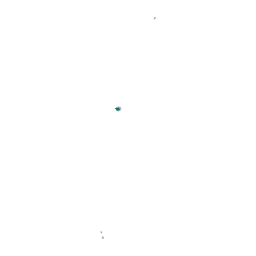 Nett, Pohnpei, Federated States of Micronesia shown in context, rotated 273°
{"feature_id": "79324940B16225653054825", "entity_name": "Nett", "entity_type": "district", "adm_level": 2, "iso_a3": "FSM", "parent_name": "Federated States of Micronesia", "parent_adm1": "Pohnpei", "projection": "mercator", "projection_center": [158.226, 6.943], "detail": "fine", "context": "in_parent", "style": "filled", "palette": "teal", "viewbox_px": 256, "rotation_deg": 273, "n_neighbors": 0, "source": "geoboundaries", "source_scale": "gbopen_adm2", "svg_char_len": 1504}
<svg xmlns="http://www.w3.org/2000/svg" viewBox="0 0 256 256"><g transform="rotate(273 128 128)"><path d="M148.2,119.3L147.1,119.8L145.6,119.6L145.2,118.0L144.5,117.5L144.7,116.8L145.7,116.1L147.8,116.6L148.6,117.8L148.1,118.5L148.2,119.3ZM17.9,108.8L17.7,109.1L16.5,109.0L16.3,108.9L16.4,108.7L17.0,108.6L17.1,108.3L16.8,108.2L17.0,108.0L17.5,108.0L17.8,108.2L17.9,108.5L17.9,108.8ZM239.5,148.6L239.7,149.5L238.4,149.1L238.3,148.7L239.0,148.4L239.5,148.6ZM22.4,107.2L22.1,107.3L21.9,107.2L22.0,106.7L22.4,106.5L23.0,106.6L22.4,107.2Z" fill="#d9dde1" stroke="#a8b0b8" stroke-width="1"/><path d="M145.9,117.9L146.0,117.9L146.1,118.0L146.4,118.1L146.5,118.1L146.7,117.9L146.8,117.8L146.8,117.7L147.0,117.5L147.1,117.4L147.2,117.2L147.1,116.9L146.8,116.8L146.8,116.7L146.7,116.5L146.7,116.4L146.5,116.2L146.4,116.1L146.5,116.1L146.4,116.1L146.4,116.3L146.4,116.5L146.5,116.5L146.5,116.8L146.5,116.7L146.5,116.8L146.4,116.7L146.4,116.8L146.4,116.7L146.5,116.8L146.5,116.7L146.4,116.6L146.3,116.4L146.2,116.4L146.2,116.5L146.0,116.4L146.0,116.5L145.9,116.5L146.0,116.5L145.9,116.5L145.7,116.6L145.8,116.7L145.7,116.7L145.8,116.7L145.9,117.2L146.0,117.5L145.9,117.9ZM147.1,115.5L147.0,115.4L147.0,115.5L146.9,115.5L146.8,115.8L146.9,115.7L147.0,115.7L147.1,115.5ZM146.2,116.3L146.2,116.2L146.3,116.0L146.3,115.9L146.2,115.9L146.0,116.0L146.2,116.3L146.2,116.3ZM146.6,115.7L146.5,115.8L146.6,115.7L146.6,115.7ZM146.5,115.6L146.4,115.5L146.5,115.6Z" fill="#14b8a6" stroke="#0f766e" stroke-width="1.5"/></g></svg>